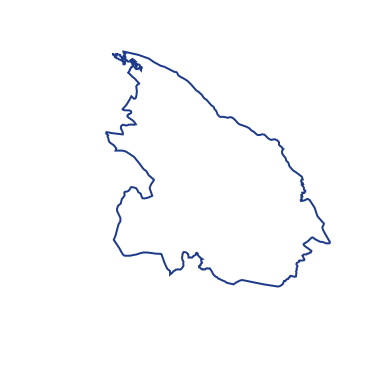 Kasenga, Katanga, Democratic Republic of the Congo (Equal Earth projection), rotated 304°
{"feature_id": "63176286B77262619841164", "entity_name": "Kasenga", "entity_type": "district", "adm_level": 2, "iso_a3": "COD", "parent_name": "Democratic Republic of the Congo", "parent_adm1": "Katanga", "projection": "equal_earth", "projection_center": [28.249, -10.367], "detail": "fine", "context": "isolated", "style": "outline", "palette": "blue", "viewbox_px": 384, "rotation_deg": 304, "n_neighbors": 0, "source": "geoboundaries", "source_scale": "gbopen_adm2", "svg_char_len": 5981}
<svg xmlns="http://www.w3.org/2000/svg" viewBox="0 0 384 384"><g transform="rotate(304 192 192)"><path d="M155.4,302.8L161.7,316.2L163.2,317.5L164.7,318.2L166.6,318.8L169.7,318.0L170.3,319.1L172.6,319.3L173.6,320.3L175.2,320.2L176.0,320.7L176.7,320.3L177.4,320.4L177.9,321.0L179.1,324.5L180.1,325.4L183.1,323.9L184.7,322.5L186.2,322.4L187.2,321.3L189.3,321.1L189.7,320.7L190.3,319.1L191.2,318.6L192.0,318.6L193.6,319.6L194.2,319.7L194.8,319.2L195.5,319.6L196.1,320.8L198.1,323.1L198.7,323.0L199.4,322.1L201.0,319.1L202.9,319.8L204.3,321.8L205.3,322.0L206.3,323.2L207.6,323.4L208.2,324.3L210.0,323.9L210.3,315.2L210.7,314.1L211.4,313.6L215.8,315.6L221.1,316.7L221.9,317.5L221.7,320.5L222.4,326.2L223.5,327.9L224.5,332.0L225.3,333.3L226.5,334.7L227.7,334.2L232.9,323.5L234.6,320.9L235.8,319.7L238.7,319.4L239.7,318.9L240.5,315.3L242.1,309.5L247.5,302.5L251.2,293.9L250.8,291.5L248.0,290.0L245.5,287.6L246.0,286.7L246.4,286.6L246.8,287.1L247.4,287.1L248.6,285.7L248.9,285.6L249.3,286.1L249.8,286.2L250.2,284.6L250.5,284.3L251.2,284.9L251.8,284.7L253.0,283.8L253.5,285.0L254.1,285.6L254.8,285.7L255.3,285.0L255.9,285.4L256.3,285.4L256.7,283.6L257.2,282.9L258.1,282.4L258.5,281.8L259.3,278.9L259.7,278.7L259.7,279.9L260.4,280.0L260.7,278.8L261.2,278.9L261.4,278.5L261.5,276.9L261.9,276.4L263.5,276.0L264.3,276.8L266.1,274.4L266.5,267.7L266.4,263.6L267.8,258.4L270.3,255.3L270.5,253.2L270.8,252.5L272.5,250.6L273.3,247.6L274.4,245.2L275.5,244.2L276.9,243.6L278.8,243.7L278.9,242.1L279.5,240.9L279.5,238.6L280.0,237.5L281.7,236.5L282.1,235.8L282.5,234.0L282.2,231.8L281.5,230.5L279.5,228.5L279.1,226.6L279.2,224.4L280.0,220.5L279.9,219.6L279.1,218.0L276.9,216.0L276.2,215.0L275.9,213.6L276.5,209.5L276.2,207.0L276.9,203.8L276.4,200.0L274.6,193.3L274.9,190.7L275.7,188.0L276.2,184.4L275.6,182.0L273.5,180.1L272.1,176.4L270.3,173.8L269.9,172.7L270.5,170.0L272.2,167.6L273.1,165.9L273.3,164.2L274.1,163.3L274.7,162.2L274.7,159.5L276.5,152.8L276.6,149.3L278.0,146.0L278.7,141.3L278.6,138.7L280.7,131.0L281.6,125.9L281.5,122.3L281.0,117.8L281.1,115.4L282.3,113.4L282.6,112.4L282.5,111.5L281.8,110.5L280.3,98.8L279.2,95.7L278.4,87.9L278.5,81.8L275.7,70.8L270.1,56.6L269.4,57.2L269.2,57.7L269.2,58.5L269.8,58.8L269.7,59.3L269.0,59.1L268.5,59.4L267.9,59.1L267.0,59.4L266.7,59.1L266.1,59.3L266.0,59.7L266.3,60.0L267.5,60.0L266.5,61.6L266.0,61.6L265.9,60.8L265.7,60.6L265.1,61.0L264.7,60.9L264.8,60.5L264.4,59.8L263.9,59.9L264.2,60.7L263.5,61.0L263.4,59.7L263.8,58.9L264.4,58.5L264.6,56.4L265.3,56.1L265.4,55.6L265.0,54.9L264.7,52.9L264.2,53.0L263.9,53.6L264.1,52.5L263.9,52.1L262.9,53.3L262.2,52.8L262.1,51.4L262.4,49.8L262.2,49.3L261.7,49.7L261.6,51.9L260.8,52.6L260.8,55.0L261.3,55.9L261.1,57.3L261.7,59.2L261.4,62.3L261.6,62.7L261.1,63.1L259.9,63.3L259.5,63.8L260.3,64.8L261.6,64.3L262.4,63.4L263.5,63.7L263.7,63.3L264.5,62.9L265.0,63.6L264.4,65.3L264.3,66.1L264.5,66.4L265.9,67.5L265.6,69.3L266.6,69.2L267.6,68.3L267.9,68.3L267.4,67.6L268.9,68.1L269.1,68.4L268.5,69.5L268.5,69.9L269.0,70.5L268.9,71.0L268.6,70.9L268.6,71.5L267.5,70.2L266.3,70.1L266.5,69.8L267.2,69.8L268.5,70.6L267.8,69.9L267.0,69.7L265.4,69.9L264.8,70.8L266.7,71.2L267.5,71.0L267.9,71.7L267.9,72.4L267.4,73.2L267.6,74.3L267.2,75.7L267.9,76.5L268.1,77.3L267.5,78.3L266.5,78.9L267.3,79.8L267.2,80.7L266.8,81.0L265.4,81.1L264.3,81.7L264.4,81.3L264.9,80.5L265.4,80.1L265.2,79.8L265.1,79.0L264.7,78.5L263.6,78.4L263.4,77.3L262.8,77.2L262.6,76.9L263.2,75.1L263.4,75.8L263.9,75.3L264.7,75.9L265.0,75.8L265.0,75.3L266.0,75.6L266.3,74.6L266.3,74.4L265.9,74.5L266.2,73.8L266.1,73.3L265.9,72.9L263.7,72.6L263.0,72.2L261.5,72.3L261.0,71.7L260.2,72.0L258.8,72.0L258.3,72.4L257.9,72.2L257.1,72.5L255.2,72.4L255.0,74.7L254.2,78.3L254.0,81.1L252.4,87.5L251.8,87.5L250.4,86.7L248.4,86.7L244.8,89.9L240.8,92.0L239.0,92.7L237.7,92.6L236.9,91.8L237.4,88.2L233.1,88.7L227.3,88.9L221.9,88.1L221.6,88.7L221.9,90.1L224.8,94.8L224.8,96.3L223.9,97.2L223.0,97.2L222.1,96.8L221.5,96.1L220.6,96.1L220.3,95.7L219.0,95.9L218.5,96.2L218.2,98.3L218.2,103.1L217.8,105.0L216.7,107.6L215.3,106.3L214.6,104.9L212.5,102.0L211.3,101.3L210.3,100.2L209.1,97.0L207.3,96.4L206.0,96.8L204.9,97.5L203.4,100.3L201.7,102.2L201.0,102.4L196.2,93.0L193.9,87.7L193.1,87.7L192.5,88.2L192.1,90.8L191.1,90.8L190.6,91.1L189.7,92.7L187.9,94.4L187.1,96.1L187.0,101.2L185.8,104.9L183.6,105.5L187.4,111.2L188.6,114.7L188.7,124.3L186.4,131.9L183.9,139.0L183.7,142.7L181.7,146.7L180.9,153.5L180.5,153.8L175.2,153.8L171.5,154.7L166.6,161.2L162.7,158.7L159.8,155.9L159.2,154.4L159.5,153.6L161.9,150.4L161.9,147.5L163.0,145.8L163.9,143.4L163.3,141.4L162.2,139.0L161.3,138.7L160.1,138.9L157.5,138.7L156.3,138.1L155.0,136.6L154.0,136.1L152.9,136.7L152.4,137.5L150.8,138.1L146.9,137.8L142.4,139.4L139.1,138.4L135.9,139.4L134.3,140.6L130.5,147.1L127.6,149.0L124.0,149.2L113.3,152.9L108.6,153.9L104.6,163.6L103.2,166.0L101.5,169.9L101.4,170.9L101.6,172.0L104.4,176.1L109.5,181.2L111.8,182.9L114.7,185.5L117.3,189.6L120.4,196.0L123.4,201.0L123.1,201.8L117.9,208.8L115.1,213.4L114.4,214.9L114.3,217.6L113.4,218.6L111.3,220.0L114.3,220.8L116.3,221.0L117.4,221.8L118.6,222.0L120.4,224.2L121.1,225.6L122.2,226.1L124.3,226.3L126.2,226.1L127.6,224.9L129.6,223.8L130.4,222.0L131.8,220.6L135.8,218.7L137.4,218.6L138.2,219.8L138.6,220.8L138.4,223.4L135.7,225.9L137.0,227.3L137.3,228.4L137.8,228.8L139.3,228.9L141.8,230.1L142.5,230.1L143.2,229.6L144.3,230.0L144.2,231.1L143.1,231.7L143.0,232.6L142.4,233.8L142.4,235.2L141.9,236.2L142.3,237.3L142.2,238.0L141.7,237.4L141.2,237.4L139.6,238.5L139.3,239.5L139.0,239.5L138.8,239.9L136.7,239.5L136.3,240.0L135.6,239.9L134.7,239.3L134.2,239.3L133.5,240.0L133.7,241.1L133.4,242.3L133.7,243.9L133.9,243.8L134.1,244.8L134.5,245.0L135.0,246.0L135.9,246.1L136.7,246.9L137.2,247.1L137.3,247.8L138.6,249.4L137.3,252.8L136.1,254.8L135.4,256.4L135.0,259.0L135.4,260.4L134.9,262.2L135.4,263.7L135.4,265.1L136.3,269.7L136.1,270.9L136.5,272.5L138.7,278.1L140.8,278.8L145.0,281.0L146.8,282.5L147.2,283.1L155.4,302.8Z" fill="none" stroke="#1e3a8a" stroke-width="2"/></g></svg>